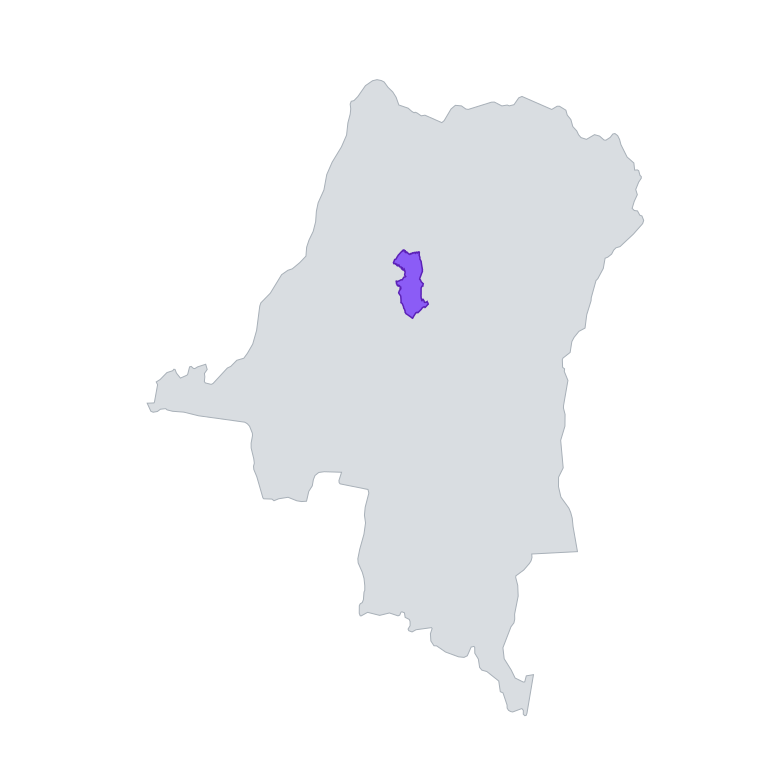 Bokungu, Équateur, Democratic Republic of the Congo shown in context, rotated 9°
{"feature_id": "63176286B49430673132917", "entity_name": "Bokungu", "entity_type": "district", "adm_level": 2, "iso_a3": "COD", "parent_name": "Democratic Republic of the Congo", "parent_adm1": "Équateur", "projection": "equal_earth", "projection_center": [22.112, -0.898], "detail": "fine", "context": "in_parent", "style": "filled", "palette": "violet", "viewbox_px": 768, "rotation_deg": 9, "n_neighbors": 0, "source": "geoboundaries", "source_scale": "gbopen_adm2", "svg_char_len": 8881}
<svg xmlns="http://www.w3.org/2000/svg" viewBox="0 0 768 768"><g transform="rotate(9 384 384)"><path d="M601.3,519.3L556.5,528.8L557.3,532.2L556.9,535.7L555.7,538.5L551.1,545.9L544.3,552.8L544.3,554.4L547.6,562.0L549.7,572.5L549.0,590.8L549.9,595.8L549.7,599.6L547.4,603.9L542.7,625.9L545.7,636.6L554.4,646.6L559.5,653.9L568.2,656.6L569.6,656.2L570.2,650.0L577.1,647.7L576.7,686.9L576.2,689.1L574.9,689.6L573.2,688.3L572.7,684.6L570.9,683.0L562.4,687.8L560.3,687.7L558.0,686.8L556.3,684.8L555.8,681.9L549.9,670.5L547.0,669.7L543.8,659.4L530.5,651.9L525.4,651.3L522.8,649.0L520.2,640.9L515.8,635.7L514.8,629.9L513.9,629.1L511.2,630.2L508.8,639.4L505.8,641.5L500.3,641.8L486.7,639.1L476.9,634.4L474.3,634.7L470.5,630.5L468.9,623.4L469.8,618.0L469.0,617.2L454.1,621.7L450.5,624.5L447.1,623.8L446.1,622.3L447.6,618.6L446.9,614.5L445.8,612.6L441.4,611.2L440.0,606.8L437.3,606.2L436.4,606.8L435.7,609.8L434.1,610.8L425.2,609.3L415.9,613.2L403.5,612.1L397.6,616.7L396.7,616.6L395.4,614.3L394.3,606.8L394.9,604.8L396.7,603.3L397.4,600.3L396.8,592.6L397.3,590.8L396.6,586.3L394.7,579.2L392.1,573.5L386.5,564.8L385.5,560.7L385.9,550.9L387.7,535.5L387.5,524.1L385.2,516.6L384.7,508.6L386.1,494.1L384.7,490.7L356.3,489.5L355.1,488.4L354.6,486.4L355.9,477.8L338.6,480.0L333.4,481.6L330.2,485.1L329.2,489.5L329.1,495.8L326.5,501.8L325.8,511.9L321.0,513.0L316.2,513.0L307.0,510.9L298.0,513.8L293.6,516.5L291.3,515.2L283.2,516.2L282.2,515.4L272.9,495.5L268.8,488.8L268.0,485.6L268.3,482.5L267.1,478.3L262.8,468.0L262.0,463.2L262.2,455.7L261.7,453.2L257.8,446.7L255.2,444.6L252.4,443.5L206.0,444.4L190.7,443.1L179.5,444.0L173.8,443.5L172.2,442.5L167.1,443.9L164.5,446.6L160.4,448.0L158.0,447.4L153.1,440.0L159.7,438.7L160.1,437.9L160.5,420.1L158.7,417.6L162.2,414.6L167.8,406.7L173.3,403.9L174.1,402.3L175.3,402.3L177.3,405.7L182.0,410.0L187.9,406.2L188.6,405.1L189.3,397.5L190.8,396.8L193.3,398.4L194.7,398.4L197.3,396.2L204.8,392.4L207.1,397.3L205.0,401.7L205.9,404.9L206.2,409.8L207.4,410.9L213.4,411.4L215.1,410.2L226.8,392.7L229.9,390.6L234.9,383.6L241.5,380.5L244.3,375.0L248.1,365.1L249.8,351.0L249.1,326.4L249.7,323.1L257.5,312.1L265.8,292.0L271.3,286.7L275.4,284.6L281.8,277.3L286.9,269.9L286.2,261.0L287.4,253.6L290.2,244.3L291.1,234.4L290.2,223.9L290.6,215.4L294.3,201.8L294.7,186.1L298.1,173.0L304.9,156.4L308.1,144.0L307.5,131.7L308.4,122.7L308.1,117.4L306.8,112.8L307.4,109.9L310.0,108.8L313.2,104.2L319.0,92.2L325.2,86.3L329.5,84.5L333.9,84.7L336.9,85.7L341.6,90.4L347.0,94.2L351.1,98.9L355.0,106.1L364.7,107.8L368.8,110.4L371.3,111.4L372.2,110.7L374.2,111.1L378.8,113.3L382.4,112.1L400.2,116.8L402.2,114.5L407.2,101.9L410.9,97.6L417.0,97.2L421.8,99.6L424.3,99.6L446.1,88.8L449.0,88.3L456.9,90.9L462.1,89.2L464.2,89.7L468.7,87.8L472.3,80.3L475.3,78.4L506.7,86.6L511.5,82.6L513.8,82.2L520.8,85.1L522.9,89.7L527.2,93.6L530.2,100.2L534.8,103.9L537.2,107.4L540.0,109.8L545.7,110.7L552.9,104.8L558.1,105.4L563.2,108.6L565.0,108.5L568.9,105.0L570.9,101.3L572.9,100.5L575.9,102.1L578.4,105.6L580.6,110.6L588.6,121.8L596.2,126.6L598.1,133.5L600.8,132.9L602.2,133.5L604.2,137.9L605.6,138.8L605.9,140.5L604.0,144.7L602.2,152.5L604.6,157.4L602.6,164.4L601.6,171.7L604.1,173.5L607.3,173.4L610.2,177.2L612.5,177.7L614.9,181.8L614.4,185.1L606.9,196.9L595.6,211.4L591.8,213.2L589.9,215.9L588.5,220.1L585.2,223.7L582.7,225.2L582.5,235.6L578.7,246.5L577.2,248.7L575.2,266.4L575.5,269.4L573.4,283.9L573.8,297.3L568.3,301.5L564.5,308.1L562.9,312.7L562.9,323.7L556.7,330.4L556.3,331.9L557.8,339.6L560.0,340.8L560.1,343.4L565.1,351.7L564.7,377.2L565.0,379.7L567.6,385.7L569.3,397.3L567.3,412.0L574.1,438.8L571.0,448.7L572.4,458.1L576.4,468.0L586.0,477.7L588.5,481.7L590.9,487.1L593.1,495.4L601.3,519.3Z" fill="#d9dde1" stroke="#a8b0b8" stroke-width="1"/><path d="M381.4,249.2L381.2,249.9L381.1,250.2L381.0,250.3L380.6,250.5L379.3,252.5L379.0,253.0L378.0,254.4L377.8,254.8L377.7,255.1L377.5,255.7L377.2,256.3L377.0,256.7L376.5,258.3L376.2,258.7L376.0,259.0L375.5,259.3L375.2,259.3L375.0,259.6L374.6,261.8L374.5,262.0L374.3,262.4L374.3,262.5L374.6,263.0L374.7,263.4L374.8,263.5L374.9,263.4L375.1,263.3L375.9,263.4L376.3,263.7L376.7,263.3L376.8,263.4L376.9,263.5L377.1,263.9L377.2,264.0L377.3,264.1L377.5,264.1L377.8,263.7L378.0,263.7L378.1,263.8L378.2,264.2L378.1,264.7L378.2,264.9L378.3,264.9L378.5,264.6L378.9,264.8L379.1,265.1L379.4,264.9L379.9,264.9L380.0,264.8L380.0,264.7L379.9,264.2L380.0,264.1L380.4,264.3L380.4,264.5L380.3,264.9L380.3,265.1L380.7,265.4L381.2,265.8L381.3,265.8L381.4,265.7L381.6,265.9L381.8,265.9L382.7,265.8L382.9,265.9L382.9,266.0L383.0,266.3L382.9,266.8L383.0,267.1L383.1,267.3L383.3,267.4L383.4,267.1L383.4,266.6L383.5,266.5L383.8,266.3L384.0,266.4L384.0,266.6L383.9,267.3L383.9,267.5L384.0,267.7L384.1,267.9L384.3,267.9L384.6,267.6L384.8,268.3L385.1,268.5L385.3,268.4L385.4,268.0L385.7,268.0L385.8,267.9L386.0,267.5L386.3,268.2L386.5,268.4L386.7,268.5L386.7,268.8L386.6,269.2L386.7,269.3L387.2,269.7L387.3,270.2L387.4,270.6L387.3,272.4L387.3,272.9L387.3,273.1L388.6,274.5L388.3,274.8L387.2,275.3L386.8,275.5L386.7,275.7L386.4,276.7L386.0,277.5L385.8,277.9L385.6,278.3L385.1,278.3L384.7,278.4L384.2,278.7L383.9,278.8L383.6,279.2L383.2,279.5L382.8,279.8L382.4,279.9L381.8,280.4L381.4,280.5L380.7,280.6L380.4,280.4L380.0,280.5L380.0,280.9L380.2,281.5L380.3,281.6L380.6,281.7L380.5,282.0L380.6,282.5L380.6,282.9L380.7,283.1L381.0,283.2L381.4,283.6L381.4,283.8L381.4,284.1L381.6,284.2L381.7,284.3L382.1,284.8L382.4,284.9L382.7,284.5L382.9,284.9L383.0,285.0L383.3,284.8L383.4,284.5L383.5,284.4L383.9,284.5L384.2,285.0L384.5,285.4L384.7,285.5L385.0,285.6L385.0,286.3L385.0,286.5L385.1,286.4L385.1,286.2L385.3,286.0L385.4,286.4L385.7,286.6L385.7,286.8L385.3,287.2L385.6,287.6L385.5,287.9L385.0,288.7L384.7,289.2L384.6,289.6L384.2,291.5L384.3,291.8L384.6,292.2L385.4,293.1L385.7,293.4L386.4,294.1L386.6,294.3L386.7,294.5L387.0,295.4L387.2,296.3L387.4,297.2L387.6,298.0L388.0,300.3L388.0,301.0L388.3,301.1L388.8,301.3L389.4,301.7L391.2,304.6L391.4,305.4L391.7,306.1L392.0,306.4L392.4,306.8L393.1,308.1L393.4,308.5L393.5,309.1L393.6,309.8L393.9,310.2L394.3,310.5L394.5,310.8L394.7,311.1L395.6,311.5L399.6,313.4L401.6,314.5L401.9,314.6L402.0,314.5L402.2,314.0L402.6,312.7L403.9,309.7L404.0,309.5L404.1,309.4L404.3,309.2L404.3,308.8L404.8,308.4L405.2,308.1L405.6,308.0L405.8,308.0L406.1,308.3L406.3,308.3L406.4,308.2L408.7,305.0L409.2,304.3L409.9,302.8L410.0,302.6L410.3,302.5L410.4,302.3L410.7,302.0L411.6,301.4L412.0,301.5L412.5,302.0L412.9,301.6L413.2,301.1L413.6,300.5L414.1,299.8L414.6,298.9L414.8,298.7L415.1,298.5L415.2,298.3L415.1,298.1L415.1,297.9L414.9,297.5L414.6,297.0L414.3,296.7L414.1,296.6L413.7,295.8L412.8,296.7L412.6,296.9L412.3,296.9L411.9,296.8L411.5,296.9L411.2,297.0L410.9,296.5L410.6,295.7L410.0,295.0L409.6,294.5L409.3,294.2L409.2,294.2L409.1,294.3L408.6,295.7L408.5,295.8L408.4,295.8L408.2,295.7L408.0,295.0L408.0,294.8L407.8,294.3L407.3,293.4L407.1,292.6L406.7,290.8L406.6,289.6L405.7,283.9L405.7,283.2L405.8,282.8L406.0,282.1L406.2,281.5L406.4,281.3L406.7,281.2L406.9,281.2L407.0,281.2L407.0,280.4L407.0,279.6L407.0,279.3L407.1,279.0L407.1,278.8L406.9,278.7L406.4,278.4L404.9,277.3L404.6,277.0L404.2,276.3L403.7,275.5L403.5,275.3L403.0,275.2L402.9,275.0L402.8,274.9L402.8,274.5L402.9,273.5L403.3,271.7L403.8,269.0L404.3,267.0L404.3,266.5L404.1,266.1L404.1,265.9L404.1,265.4L404.1,265.1L404.0,264.9L403.4,263.0L403.1,262.2L402.7,261.0L402.1,259.1L401.5,257.1L401.2,256.7L400.7,256.0L400.3,255.5L400.0,255.2L399.9,255.0L399.7,253.5L399.6,253.3L399.4,252.8L398.7,251.5L398.6,251.2L398.6,250.7L398.4,249.9L398.4,249.3L398.4,248.9L398.2,248.2L397.8,248.0L397.6,248.1L397.4,248.2L397.2,248.6L397.0,248.8L397.0,248.7L396.9,248.5L396.7,248.6L396.4,248.7L396.2,248.9L396.1,249.0L396.0,248.8L395.8,248.7L395.6,248.9L395.4,248.9L395.0,249.3L394.9,249.4L394.7,249.7L394.5,249.3L394.5,249.2L394.3,249.3L393.8,249.2L393.6,249.3L393.4,249.7L393.1,249.6L393.0,249.8L392.7,249.9L392.5,250.1L392.3,250.1L392.1,249.9L391.9,249.9L391.8,250.0L391.7,250.0L391.4,250.2L391.4,250.5L391.2,250.6L391.1,250.8L391.0,250.7L390.8,250.8L390.7,250.8L390.3,251.1L390.1,251.0L389.9,251.3L389.8,251.2L389.7,251.3L389.6,251.6L389.4,251.6L389.3,251.8L389.2,251.7L389.1,251.8L388.7,251.8L388.6,251.7L388.3,251.7L388.2,251.6L387.9,251.6L387.8,251.4L387.3,251.1L387.1,250.9L386.9,250.9L386.6,250.6L386.4,250.4L386.2,250.5L386.2,250.3L385.8,250.2L385.6,250.1L385.5,250.3L385.3,250.2L385.2,250.3L385.0,250.5L384.9,250.4L384.8,250.5L384.7,250.3L384.6,250.2L384.4,250.2L384.5,250.0L384.4,249.9L384.5,249.7L384.5,249.4L384.6,249.2L384.8,249.1L384.6,249.1L384.4,249.6L384.2,249.7L384.0,250.1L384.0,249.7L383.9,249.3L383.8,249.2L383.7,249.4L383.4,249.2L383.3,249.4L383.4,249.0L383.3,248.9L383.2,248.9L383.1,249.2L382.9,249.1L382.8,248.9L382.6,249.2L382.4,249.2L382.3,249.3L382.2,249.4L381.9,249.6L382.0,249.2L381.9,249.0L381.9,248.9L381.4,249.2Z" fill="#8b5cf6" stroke="#5b21b6" stroke-width="1.5"/></g></svg>